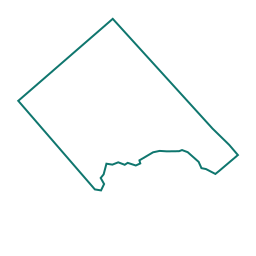 the district of Crane, Texas, United States of America, rotated 319°
{"feature_id": "52423323B45238818245083", "entity_name": "Crane", "entity_type": "district", "adm_level": 2, "iso_a3": "USA", "parent_name": "United States of America", "parent_adm1": "Texas", "projection": "orthographic", "projection_center": [-102.544, 31.369], "detail": "fine", "context": "isolated", "style": "outline", "palette": "teal", "viewbox_px": 256, "rotation_deg": 319, "n_neighbors": 0, "source": "geoboundaries", "source_scale": "gbopen_adm2", "svg_char_len": 513}
<svg xmlns="http://www.w3.org/2000/svg" viewBox="0 0 256 256"><g transform="rotate(319 128 128)"><path d="M63.0,35.5L62.7,152.6L66.7,157.4L73.2,154.6L74.6,147.8L79.2,147.0L88.3,140.8L92.2,145.4L98.1,147.5L101.4,153.6L104.9,154.1L109.3,161.4L114.0,162.8L115.4,159.9L131.0,162.8L136.8,166.0L142.0,171.1L151.3,179.0L154.3,180.1L157.2,185.4L159.1,199.9L157.1,206.5L159.9,210.1L163.8,220.0L168.7,220.2L193.2,220.5L193.3,207.1L191.4,183.9L188.1,35.6L63.0,35.5Z" fill="none" stroke="#0f766e" stroke-width="2"/></g></svg>